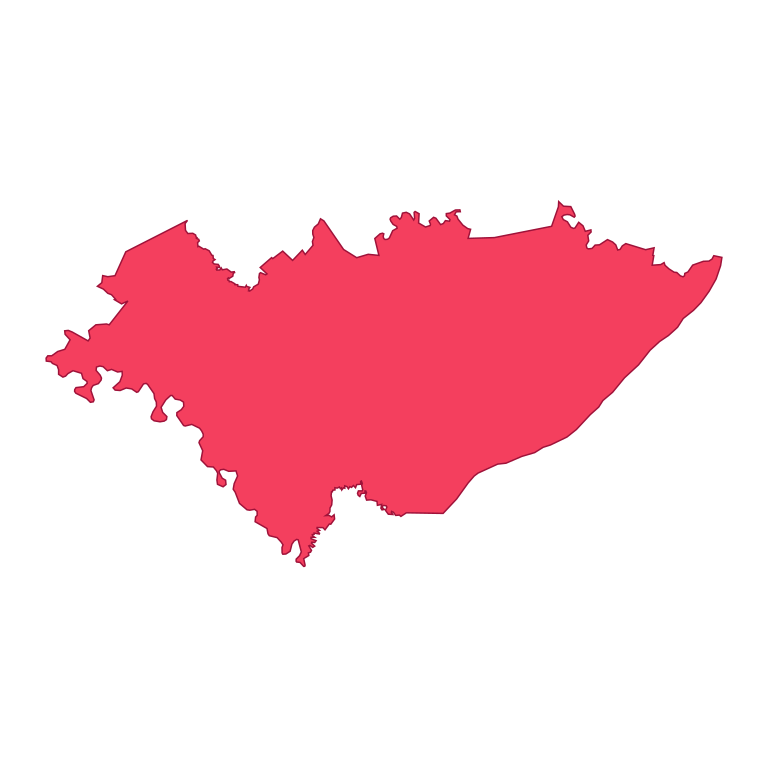 the district of Uthungulu, KwaZulu-Natal, South Africa
{"feature_id": "47623444B51210648784187", "entity_name": "Uthungulu", "entity_type": "district", "adm_level": 2, "iso_a3": "ZAF", "parent_name": "South Africa", "parent_adm1": "KwaZulu-Natal", "projection": "robinson", "projection_center": [31.342, -28.763], "detail": "fine", "context": "isolated", "style": "filled", "palette": "rose", "viewbox_px": 768, "rotation_deg": 0, "n_neighbors": 0, "source": "geoboundaries", "source_scale": "gbopen_adm2", "svg_char_len": 6087}
<svg xmlns="http://www.w3.org/2000/svg" viewBox="0 0 768 768"><path d="M443.1,513.4L456.6,499.0L468.1,483.0L474.2,476.0L478.0,473.1L497.7,464.1L506.0,463.2L521.8,456.4L534.7,452.6L543.1,447.3L550.4,445.0L567.0,437.0L576.4,429.5L590.3,414.6L598.7,407.1L602.9,400.5L612.6,392.3L624.5,377.8L638.5,364.9L650.1,350.2L659.6,341.5L668.6,335.4L674.6,330.0L677.6,327.2L683.2,318.5L693.5,310.3L700.9,302.7L709.1,291.3L716.1,279.0L720.6,265.7L721.9,257.4L713.8,255.7L712.0,259.1L708.9,261.1L703.4,261.3L692.7,265.1L687.9,272.0L684.8,273.4L684.5,275.8L683.0,276.8L680.3,275.8L676.8,272.5L674.1,272.2L669.0,268.9L665.0,265.3L664.1,262.6L660.7,264.6L652.2,265.2L653.8,255.6L652.8,255.4L654.1,247.8L645.6,249.7L625.8,243.6L622.3,245.9L620.1,249.4L617.7,250.0L615.8,244.9L612.6,242.0L607.5,239.6L599.5,244.8L595.1,245.1L592.1,248.4L588.2,248.9L586.8,247.9L586.2,245.0L588.7,240.9L587.8,235.3L591.1,232.0L590.9,229.9L585.3,231.3L583.0,225.8L578.7,222.3L575.0,228.0L573.4,228.4L570.8,227.2L567.4,221.8L563.3,219.6L561.8,216.7L564.0,215.1L567.1,214.5L569.9,214.8L574.2,217.2L575.1,216.1L574.6,214.2L570.8,206.6L563.5,206.2L558.7,201.6L558.4,206.8L551.6,226.3L494.4,237.6L468.1,238.4L470.6,229.3L467.7,228.6L462.8,225.1L458.0,219.1L456.9,216.1L454.5,214.8L456.2,211.8L460.3,211.7L459.9,209.9L455.4,210.0L449.8,213.1L446.3,213.6L446.3,215.9L450.0,219.6L449.5,221.2L445.4,220.6L443.4,223.5L440.6,224.6L435.9,218.2L433.6,217.3L429.2,221.0L430.5,224.1L430.2,225.5L425.5,227.0L418.6,223.0L419.1,213.7L415.1,211.5L414.1,212.4L414.6,218.3L413.7,220.0L409.6,213.9L406.2,212.3L402.5,213.1L401.3,217.5L399.8,219.2L396.6,216.0L393.2,216.2L390.6,217.8L390.1,219.2L390.8,221.1L393.1,224.4L396.7,226.4L397.1,228.2L392.7,230.7L389.4,237.9L387.5,239.3L385.0,239.5L383.7,238.5L383.2,236.3L383.8,233.8L382.5,233.2L380.1,233.8L374.8,238.5L378.9,255.4L368.2,254.3L356.7,257.7L343.6,249.5L323.9,220.9L320.5,218.8L318.3,223.9L314.4,227.2L312.7,230.6L312.8,234.2L313.9,237.5L312.4,241.5L313.0,245.3L305.2,254.5L302.3,250.2L292.6,260.4L282.7,251.1L272.8,258.6L271.6,257.6L260.2,267.5L267.0,273.9L265.7,274.8L260.6,272.7L259.5,273.5L258.9,277.4L259.4,279.9L258.3,284.1L253.7,286.8L252.7,289.0L249.6,291.1L248.6,290.8L249.2,290.1L248.6,289.1L249.9,287.4L246.7,286.4L246.3,285.4L245.3,287.2L237.9,286.3L237.7,284.7L234.9,284.6L234.9,283.8L230.9,281.5L229.3,281.7L228.9,280.2L227.9,280.2L227.5,278.7L228.4,277.8L229.1,278.5L232.8,276.2L233.3,273.1L234.6,272.6L234.3,271.7L231.2,272.1L226.9,269.0L222.3,269.8L221.2,267.9L219.8,270.0L216.8,270.1L216.3,269.2L217.2,268.6L216.6,267.2L219.6,267.5L219.4,266.2L218.2,264.4L214.2,264.0L212.5,262.4L213.1,260.9L215.0,259.6L213.3,258.5L213.0,255.5L211.8,255.2L209.2,250.8L205.1,248.7L203.8,249.2L198.8,246.2L197.9,246.6L197.6,242.6L199.3,240.9L198.7,239.3L196.5,238.4L197.0,237.6L196.1,237.0L195.6,235.0L192.8,233.3L187.8,233.5L185.5,230.3L185.1,223.6L187.5,220.4L125.8,251.8L115.0,275.7L107.8,276.7L102.7,275.6L101.8,282.7L97.4,286.3L103.4,289.1L107.8,293.3L111.5,294.7L115.6,299.3L114.5,299.7L121.6,303.9L127.9,301.0L109.2,324.8L106.5,324.0L95.9,324.8L88.7,330.7L90.1,338.1L88.1,340.9L72.2,332.0L68.3,330.4L64.7,330.8L65.1,334.3L70.1,339.8L64.8,349.3L57.7,351.5L51.7,355.8L47.8,355.8L46.1,358.1L46.3,361.1L51.0,361.7L52.4,363.4L57.1,365.5L58.6,369.7L58.6,374.3L62.9,377.1L65.6,376.1L67.9,373.6L73.0,370.7L81.5,373.3L83.0,378.6L86.9,381.4L87.2,383.3L83.7,386.7L76.0,387.6L74.7,389.6L74.6,391.4L75.8,393.2L86.6,398.5L90.4,402.3L93.3,401.8L94.1,399.9L90.9,390.5L91.6,387.7L93.2,385.4L98.4,383.6L101.1,380.1L101.5,378.1L100.2,375.2L96.1,370.4L96.5,367.0L99.9,366.0L103.2,366.7L107.4,370.7L111.6,369.4L117.6,372.0L122.1,371.4L122.3,375.2L119.9,381.7L113.1,387.8L115.1,390.1L120.1,390.5L126.2,388.0L131.7,388.9L136.7,392.3L138.3,391.7L143.5,383.9L146.2,383.4L147.7,384.5L154.0,393.6L154.6,398.5L156.3,402.0L156.5,406.2L153.0,411.8L151.1,416.7L151.5,418.8L154.1,420.8L160.0,421.8L164.2,421.1L166.4,419.6L166.9,416.6L162.7,412.4L161.1,407.3L165.8,399.9L170.6,395.5L172.2,395.5L175.2,399.1L180.2,400.0L183.5,402.1L183.8,406.3L181.3,409.7L176.9,412.6L176.8,415.6L183.6,425.5L185.2,426.0L191.8,424.4L199.6,428.2L201.7,431.0L203.2,434.1L203.2,436.7L199.6,440.7L199.0,442.7L202.7,450.7L201.0,459.9L207.5,466.6L213.4,467.0L216.5,470.8L217.7,473.3L216.9,480.0L217.5,484.3L223.1,486.8L226.0,484.5L225.6,480.2L222.2,478.2L219.4,472.9L219.1,471.4L220.5,469.8L223.8,469.3L228.7,471.3L236.0,470.9L237.6,476.0L234.2,483.6L233.2,489.2L235.2,492.2L239.5,503.4L247.0,509.8L249.8,510.2L254.6,509.3L257.1,511.3L257.2,515.3L255.6,517.0L255.1,521.7L267.0,528.5L268.0,533.8L269.3,535.7L277.1,537.6L281.1,542.0L283.0,544.8L282.0,547.5L282.1,552.9L282.8,554.2L285.9,554.0L290.1,551.3L291.9,544.2L294.1,541.0L296.7,539.4L298.2,539.8L301.3,551.9L299.6,555.7L296.2,559.1L296.1,561.2L296.6,562.0L300.0,562.4L303.7,566.4L304.7,566.3L305.1,565.2L303.7,558.6L308.8,555.5L308.4,552.9L310.5,552.2L311.5,550.4L308.8,545.9L309.9,545.4L312.7,547.4L314.7,546.1L311.5,543.2L311.8,542.2L314.7,542.5L316.1,540.7L311.0,538.7L311.1,537.3L314.7,537.3L312.6,535.8L312.3,534.6L314.1,534.4L314.1,533.1L319.3,534.0L319.5,533.3L317.2,531.2L319.6,530.4L317.0,528.5L317.1,527.5L322.9,527.6L325.0,529.8L329.3,524.0L330.8,524.2L334.6,519.0L334.1,514.8L331.6,516.9L329.0,515.4L325.7,515.6L328.9,513.4L329.9,511.6L330.0,508.0L331.7,504.9L332.1,500.0L331.1,495.8L331.5,491.8L332.4,491.8L332.7,490.3L335.0,489.9L334.9,487.7L337.2,488.1L339.4,487.0L340.4,488.7L341.5,487.9L341.8,489.9L343.5,487.8L344.8,488.2L344.7,485.8L347.0,486.6L348.4,488.8L349.9,486.6L351.5,487.4L353.4,485.5L355.5,487.7L356.7,484.6L360.8,484.2L360.6,481.4L361.4,481.0L362.3,483.5L361.7,485.4L362.7,489.7L362.2,490.9L358.4,490.9L357.5,493.3L358.2,495.3L359.8,496.5L361.3,493.4L364.9,493.2L365.0,490.9L365.8,491.0L366.5,492.7L365.2,496.1L366.6,500.1L370.9,499.8L377.0,501.4L377.4,505.3L381.7,504.4L380.9,508.2L382.0,509.9L384.3,509.4L382.3,507.5L382.6,506.0L383.8,505.4L386.3,505.9L386.9,507.1L385.5,510.4L388.3,514.2L392.8,514.5L391.4,512.4L391.6,511.4L393.4,512.2L395.7,515.4L399.4,515.1L400.9,516.4L406.4,512.8L443.1,513.4Z" fill="#f43f5e" stroke="#9f1239" stroke-width="1.5"/></svg>